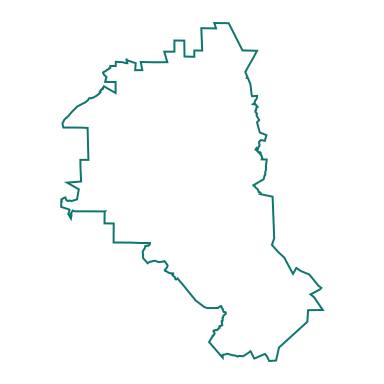 the district of Coyame del Sotol, Chihuahua, Mexico
{"feature_id": "50627088B56827534885832", "entity_name": "Coyame del Sotol", "entity_type": "district", "adm_level": 2, "iso_a3": "MEX", "parent_name": "Mexico", "parent_adm1": "Chihuahua", "projection": "albers", "projection_center": [-105.311, 29.735], "detail": "fine", "context": "isolated", "style": "outline", "palette": "teal", "viewbox_px": 384, "rotation_deg": 0, "n_neighbors": 0, "source": "geoboundaries", "source_scale": "gbopen_adm2", "svg_char_len": 5839}
<svg xmlns="http://www.w3.org/2000/svg" viewBox="0 0 384 384"><path d="M126.2,58.8L127.3,63.2L126.0,63.2L122.7,62.2L115.8,61.8L115.7,66.0L110.3,66.0L110.3,67.9L109.7,68.2L109.3,68.1L109.2,68.4L108.9,68.7L108.7,69.2L107.8,69.6L107.0,69.7L106.4,70.5L105.9,70.9L105.3,71.3L103.7,71.9L103.0,72.6L104.0,74.7L106.5,77.1L106.5,77.4L106.0,78.4L106.0,78.8L105.7,79.4L105.8,79.8L105.6,79.9L105.6,80.3L105.1,81.9L115.6,82.0L115.6,93.0L103.9,86.3L102.9,87.7L103.1,88.5L102.9,88.8L102.7,89.0L102.5,88.9L101.8,89.1L101.6,89.4L101.6,89.5L101.2,89.7L101.2,90.0L100.7,90.1L100.3,90.9L100.4,91.2L100.3,91.4L100.1,91.5L100.0,91.4L99.8,91.5L100.4,92.5L96.6,95.7L95.9,96.2L95.1,96.5L92.9,97.8L91.7,97.9L91.6,98.2L91.4,98.3L89.4,98.2L89.0,98.3L88.1,99.9L87.4,100.7L85.7,102.1L77.2,106.5L71.3,112.5L68.5,116.0L67.4,116.8L66.5,117.7L66.5,117.9L66.2,117.9L64.1,120.0L63.7,120.9L63.6,121.5L62.5,123.1L62.6,124.4L63.3,127.5L80.1,127.6L87.6,127.9L88.4,159.9L80.4,159.9L80.4,164.9L81.1,181.5L67.1,182.6L78.8,189.3L77.0,199.4L76.5,199.5L71.5,201.1L70.0,200.6L69.7,200.7L69.2,200.5L68.3,201.0L66.6,200.5L65.9,199.1L65.9,198.7L65.4,198.1L65.4,197.5L63.6,198.0L62.4,199.0L61.4,199.3L61.4,199.7L61.7,201.1L61.3,201.0L61.2,206.9L69.5,209.6L69.5,210.1L69.0,212.1L68.5,213.2L68.5,213.9L68.4,214.4L68.5,214.5L69.0,215.0L69.2,214.9L69.2,215.0L69.5,215.2L69.6,215.6L69.5,215.9L69.7,216.7L69.9,216.9L70.5,217.4L70.5,217.6L70.7,217.9L70.7,218.3L70.9,218.6L71.1,217.4L71.0,217.0L71.4,216.3L71.5,215.4L71.2,213.3L72.0,211.7L72.8,210.6L74.8,211.3L105.0,211.4L104.6,211.8L104.5,223.4L113.7,223.5L113.6,242.5L130.1,242.6L141.3,243.0L149.9,243.0L149.9,243.9L149.8,244.3L149.1,245.1L148.7,245.3L148.5,245.6L148.1,245.8L147.7,245.6L147.3,245.7L147.2,245.6L146.8,245.8L145.3,246.0L145.3,246.9L145.0,247.5L144.8,248.2L144.4,248.5L144.2,249.3L143.2,250.5L142.8,251.5L142.7,252.8L142.9,253.5L143.1,255.2L142.9,257.2L143.2,258.1L143.4,258.5L144.2,259.3L147.7,263.3L149.4,262.0L154.6,260.7L155.3,260.8L158.4,262.1L159.0,262.1L163.8,261.5L164.5,261.1L167.6,265.3L167.4,265.9L167.4,266.6L167.0,267.5L166.3,268.3L165.1,269.5L164.7,270.2L164.8,270.6L165.3,271.0L166.3,271.1L167.5,272.1L167.8,272.2L168.2,272.5L168.9,272.7L169.1,272.9L170.2,273.1L170.5,273.3L171.0,273.5L171.6,273.3L171.9,273.9L172.0,273.9L172.3,274.0L172.9,273.4L173.2,273.4L173.3,273.7L173.0,274.7L172.6,275.2L173.5,276.2L174.3,276.6L174.4,276.8L174.7,276.9L175.4,279.1L175.9,279.3L176.1,279.5L177.6,278.4L179.1,280.3L182.1,283.8L195.7,300.5L204.2,307.0L207.4,308.1L218.0,308.0L220.3,306.2L220.6,306.4L221.2,306.3L221.2,306.8L221.3,307.1L221.8,307.3L222.3,308.9L222.7,309.0L222.8,309.4L223.1,310.1L223.4,311.7L223.8,312.0L225.2,312.1L225.8,312.7L225.8,313.7L225.7,313.9L224.0,315.2L223.1,316.4L223.0,316.8L223.1,317.2L222.4,318.2L222.7,318.6L222.6,319.1L222.7,320.0L222.3,320.4L222.4,320.8L221.7,321.0L221.6,321.7L221.8,321.9L221.9,322.3L222.0,323.9L222.2,324.8L222.2,325.2L222.2,325.3L221.4,325.4L220.9,325.9L220.4,326.0L220.0,325.9L219.6,326.1L219.5,326.3L219.5,327.3L219.7,327.8L219.3,328.2L219.0,328.1L218.6,328.3L218.2,328.8L217.9,329.3L217.5,329.7L217.2,330.1L216.8,330.2L216.1,329.9L214.4,330.3L213.8,330.6L213.5,331.6L213.7,331.8L214.1,331.7L214.2,331.8L214.4,332.9L214.6,333.3L214.5,333.9L214.0,334.6L213.4,335.3L212.7,335.7L212.9,336.1L212.4,336.5L209.1,342.1L222.7,357.7L222.7,354.8L226.1,354.2L227.2,353.7L232.3,355.2L235.2,355.5L237.4,356.5L238.7,356.0L241.1,356.0L243.1,356.3L248.8,352.6L250.5,351.2L250.7,351.4L254.2,358.5L254.8,358.4L255.4,358.1L265.0,353.9L267.1,356.7L269.2,361.0L276.1,360.5L279.0,347.5L307.3,321.8L308.1,310.2L322.8,310.0L313.9,297.0L310.5,294.4L319.8,289.5L321.3,287.9L318.3,285.6L309.3,274.5L301.2,271.2L296.3,268.0L293.0,273.9L284.2,257.5L278.1,251.9L271.9,244.9L274.2,238.3L272.6,196.7L260.2,194.1L260.7,193.6L260.7,193.1L260.2,192.5L259.4,192.1L258.9,192.2L258.8,191.8L258.5,191.6L258.4,190.7L257.7,189.4L257.3,188.9L256.6,188.5L255.5,187.4L255.0,186.5L254.6,186.3L254.5,186.0L254.1,186.0L253.4,185.6L253.3,185.3L263.7,179.2L264.6,175.3L265.0,175.2L265.2,174.9L265.1,174.5L265.3,174.2L265.3,173.4L265.1,172.9L265.2,172.3L265.8,170.6L265.8,169.7L266.0,169.2L265.9,168.9L266.1,168.0L265.9,166.7L266.7,159.5L261.7,159.4L261.8,158.8L262.3,158.4L262.4,158.2L262.0,157.6L262.0,157.1L261.9,156.6L261.6,156.3L261.5,155.6L261.4,155.1L260.9,154.5L260.7,154.5L260.7,153.9L260.3,153.8L260.5,153.6L260.3,153.3L260.4,153.0L260.2,153.0L260.1,152.7L260.0,152.8L259.9,152.7L259.7,152.8L259.3,152.7L259.6,152.4L259.4,152.3L258.9,152.0L258.1,151.9L257.9,151.8L257.5,151.0L257.2,151.0L256.6,150.2L255.6,149.8L255.7,149.2L256.1,149.0L256.5,148.1L257.4,149.0L257.8,149.2L257.9,148.7L258.2,147.9L258.1,147.7L258.4,147.2L259.0,146.7L259.2,146.4L259.4,145.8L259.3,145.3L259.5,145.2L259.6,144.6L259.1,143.2L259.1,142.0L259.1,141.8L259.5,141.6L260.1,140.7L260.4,140.5L260.8,140.1L264.9,140.8L266.4,135.1L259.8,132.5L257.0,122.4L259.2,120.0L256.6,115.7L256.6,115.1L256.8,114.2L257.0,114.0L256.9,113.6L256.9,113.4L256.3,113.0L256.1,112.7L255.7,112.4L255.6,112.1L255.6,111.1L255.4,110.9L256.0,110.5L256.1,110.1L255.9,109.9L256.0,109.4L256.2,108.9L256.3,108.2L256.5,108.1L256.8,107.5L256.6,107.1L256.9,106.6L256.7,106.4L256.7,106.1L257.1,106.2L256.8,105.8L256.4,105.7L256.0,105.0L255.5,104.5L255.2,104.3L254.9,104.3L254.9,104.1L254.4,104.3L253.5,104.1L253.1,104.3L252.9,104.2L253.9,103.6L254.4,103.2L254.5,102.9L254.7,102.6L254.7,102.1L255.0,101.0L256.3,99.2L256.7,98.3L257.0,97.4L257.1,95.9L252.0,96.2L251.5,93.8L250.4,84.1L247.7,77.6L246.9,77.7L247.3,76.8L245.3,72.0L248.6,66.0L253.2,58.0L257.0,50.8L242.5,50.4L228.7,23.2L214.3,23.0L216.1,28.4L201.3,28.2L202.2,50.5L194.3,50.5L194.3,56.8L184.5,56.5L184.3,40.6L174.4,40.5L174.4,51.7L164.3,51.7L167.3,62.2L166.2,62.2L165.9,62.1L164.9,62.2L155.1,62.3L140.7,62.0L142.3,70.1L135.2,70.2L135.7,63.2L127.4,60.4L126.2,58.8Z" fill="none" stroke="#0f766e" stroke-width="2"/></svg>